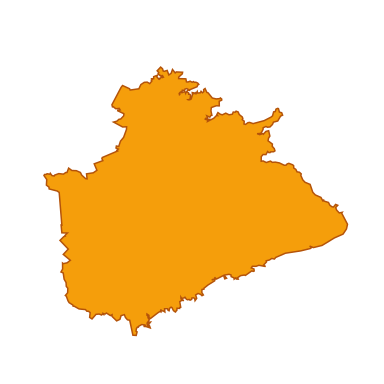 WaitÄkere Ranges Local Board Area, Auckland, New Zealand (orthographic projection), rotated 258°
{"feature_id": "76426892B98769695069148", "entity_name": "WaitÄkere Ranges Local Board Area", "entity_type": "district", "adm_level": 2, "iso_a3": "NZL", "parent_name": "New Zealand", "parent_adm1": "Auckland", "projection": "orthographic", "projection_center": [174.557, -36.943], "detail": "fine", "context": "isolated", "style": "filled", "palette": "amber", "viewbox_px": 384, "rotation_deg": 258, "n_neighbors": 0, "source": "geoboundaries", "source_scale": "gbopen_adm2", "svg_char_len": 5950}
<svg xmlns="http://www.w3.org/2000/svg" viewBox="0 0 384 384"><g transform="rotate(258 192 192)"><path d="M64.2,104.4L63.3,107.6L66.6,109.2L67.5,108.3L69.9,109.2L71.2,110.5L71.0,111.5L71.8,112.0L72.8,115.3L71.7,118.4L70.1,118.8L67.7,122.9L69.4,122.7L70.6,120.4L70.6,121.2L71.3,120.9L70.6,121.5L70.8,122.4L71.8,122.0L71.6,120.7L73.1,120.8L75.9,123.7L78.2,122.8L79.1,123.3L80.9,122.3L82.0,122.6L80.3,124.2L78.1,123.8L76.9,125.1L80.9,133.4L81.8,135.9L81.2,136.6L83.7,137.0L81.9,137.5L81.8,139.0L80.3,140.5L83.5,140.9L82.9,143.8L81.2,144.0L80.6,144.9L82.9,145.9L83.7,147.6L83.0,148.4L79.8,149.2L77.6,151.2L78.4,150.9L79.3,152.5L81.4,153.2L80.7,155.7L81.6,156.0L81.6,157.0L87.3,157.2L88.1,159.5L87.5,161.5L89.8,159.0L91.4,159.3L90.1,159.8L90.0,163.0L91.1,163.0L88.3,164.2L87.5,165.2L87.5,166.9L86.6,167.6L87.0,169.3L88.3,169.8L88.2,171.5L87.2,172.5L85.1,172.4L87.0,174.5L90.5,174.1L91.5,176.8L90.1,179.1L88.5,180.2L88.9,181.7L91.7,180.7L94.6,181.5L94.5,183.5L95.4,183.7L97.8,188.5L100.4,195.7L101.5,196.2L102.1,194.4L101.6,192.9L102.2,194.3L102.0,196.8L103.9,196.3L101.8,197.9L104.0,206.2L103.8,211.1L102.8,212.9L101.1,212.7L99.3,215.2L98.0,215.1L98.9,217.0L97.6,217.3L97.2,219.1L98.7,218.8L100.1,222.2L99.9,225.9L99.3,226.9L102.4,234.1L101.6,235.3L101.8,236.4L103.8,236.6L105.4,234.2L106.8,235.6L106.0,239.2L106.4,242.2L103.8,248.5L105.6,246.8L108.1,250.3L109.3,250.3L109.4,253.6L110.4,256.2L109.3,258.7L110.6,260.3L112.7,270.7L111.8,286.2L112.1,295.8L112.8,297.5L114.7,295.8L112.4,299.2L112.7,308.1L117.5,321.8L119.4,331.0L123.7,335.4L128.1,337.4L140.2,334.0L140.9,334.7L140.9,331.7L144.2,329.7L146.9,329.3L148.7,331.8L150.0,329.9L147.9,327.3L148.4,325.9L150.4,324.1L153.4,323.3L155.7,319.2L156.7,319.1L156.2,318.1L159.9,317.0L163.5,312.0L166.6,310.1L174.9,309.1L178.0,304.6L180.8,302.9L185.6,301.9L187.0,302.6L189.0,301.2L189.9,298.9L192.5,298.3L194.3,296.5L196.6,296.9L197.7,296.1L199.9,292.7L199.7,290.9L198.7,289.6L199.0,287.8L202.3,283.5L203.9,279.7L204.3,276.7L205.9,275.2L205.4,270.8L207.6,268.0L207.7,266.1L212.2,267.1L213.9,269.3L213.2,272.1L215.9,274.4L214.6,275.3L214.3,276.5L214.9,277.2L214.4,280.3L215.0,281.7L217.3,281.5L220.0,280.0L222.2,280.6L226.3,277.0L228.8,278.1L230.5,279.8L236.0,279.7L235.9,276.9L233.7,273.8L234.4,273.4L234.0,270.2L235.5,267.8L235.1,270.8L235.5,272.1L238.4,274.5L240.1,275.0L240.7,278.0L239.7,279.2L239.4,281.8L241.3,284.7L243.4,286.2L243.6,290.6L247.8,294.4L248.3,296.6L250.9,296.2L252.0,294.1L255.6,293.9L256.0,293.1L255.6,291.4L253.4,290.2L253.4,288.5L249.7,286.6L248.8,284.8L246.8,277.4L246.2,266.0L248.1,262.8L248.2,261.2L247.0,258.4L247.7,257.0L250.4,257.8L252.3,256.2L253.3,257.0L254.9,256.8L258.0,254.3L260.7,253.8L261.9,251.9L261.1,251.0L261.6,248.9L259.7,247.7L259.8,244.3L262.1,241.4L261.2,237.7L262.2,235.8L264.3,233.9L262.6,232.4L261.5,232.9L261.8,232.0L259.6,228.6L258.0,222.7L258.7,223.3L258.3,222.2L259.4,222.9L259.1,221.8L261.0,221.0L259.8,219.9L260.8,220.2L261.2,221.0L260.3,221.8L261.1,222.7L263.5,222.3L261.5,225.0L262.9,226.4L262.9,227.4L267.5,227.4L270.6,228.5L271.3,233.6L270.6,236.6L275.1,237.5L275.6,240.1L276.7,240.4L278.1,239.3L277.6,238.5L278.0,235.1L279.7,231.4L285.6,228.4L286.4,227.2L290.5,226.3L289.8,224.7L287.7,224.4L286.9,222.9L288.6,221.8L287.3,220.8L287.5,218.9L287.7,218.0L289.2,218.0L287.3,216.3L288.5,215.8L287.8,214.4L288.7,214.1L289.2,212.9L287.1,212.7L283.6,210.8L282.9,210.2L282.7,208.7L283.0,207.5L282.7,207.7L283.0,207.4L283.1,208.9L283.8,209.7L287.1,210.7L288.0,210.2L288.3,209.1L289.6,209.3L290.8,208.3L290.8,206.8L290.6,206.6L290.1,206.4L289.9,206.3L291.8,205.9L291.2,203.0L291.8,201.2L291.0,200.1L290.6,200.4L290.1,200.4L289.2,199.4L290.2,200.3L291.1,200.0L291.9,201.0L292.7,203.3L293.6,203.7L293.0,205.9L294.2,206.6L294.2,208.5L293.0,209.8L292.3,208.9L292.5,210.9L291.3,210.4L292.5,211.2L293.9,218.8L295.5,219.9L295.9,221.0L297.4,220.2L298.6,218.6L298.8,217.1L299.7,216.4L299.3,215.0L300.8,213.2L300.4,210.9L300.9,209.5L304.0,209.5L305.7,202.5L307.2,202.9L309.6,207.1L311.1,207.7L312.7,201.6L312.0,200.3L315.9,198.4L312.4,196.2L311.3,193.7L316.1,193.0L315.8,190.0L316.3,189.0L318.7,188.8L320.7,187.3L317.8,183.1L315.8,184.3L314.7,183.4L312.2,185.2L312.5,185.7L311.4,186.9L311.8,187.4L310.2,187.9L310.1,186.7L310.9,186.1L309.2,183.8L309.9,183.5L309.5,182.9L312.0,181.5L313.4,182.5L312.8,178.5L310.8,178.0L311.1,176.3L310.5,176.6L309.9,175.4L308.9,175.8L306.8,173.2L308.8,171.0L309.2,168.1L307.7,164.3L304.0,161.5L304.6,152.7L306.0,152.4L310.6,146.2L309.1,144.4L294.0,131.8L291.8,131.9L291.8,132.7L289.3,134.7L288.9,138.2L287.2,138.8L287.4,136.4L286.9,136.2L282.8,141.6L281.7,141.4L280.6,140.9L278.2,137.4L278.3,135.6L276.9,133.3L276.7,129.8L270.0,137.7L269.4,141.6L266.8,140.9L259.7,136.5L256.6,132.6L251.8,129.8L252.7,127.6L250.8,126.8L249.3,128.9L248.4,127.2L247.6,127.8L244.4,111.4L243.4,110.8L241.2,111.3L239.9,102.2L233.0,103.5L231.3,99.4L231.7,92.6L226.7,92.1L227.2,90.7L231.3,87.7L234.3,86.9L236.9,83.3L238.0,79.0L241.0,76.3L237.1,73.8L237.3,72.5L236.2,70.0L237.7,65.5L237.1,61.2L236.3,60.5L237.2,58.4L239.7,57.3L238.9,56.8L240.0,54.0L239.5,53.2L239.8,51.4L238.9,50.6L234.4,52.5L229.0,51.0L226.5,53.1L224.7,52.9L221.0,60.3L219.2,62.0L186.6,57.8L186.9,57.1L179.1,56.2L177.8,61.6L175.9,58.7L175.2,58.9L175.0,57.3L172.1,52.8L161.9,59.1L157.7,53.1L150.5,58.8L148.7,55.1L148.7,51.2L149.4,50.6L143.5,49.4L141.0,47.2L139.6,49.2L133.3,48.8L129.6,50.0L125.8,49.4L123.7,50.5L119.3,49.4L117.1,46.6L116.2,47.4L111.3,48.1L109.3,48.8L106.3,51.9L105.0,52.0L104.8,53.0L101.1,57.2L99.1,63.4L97.3,64.3L96.8,66.0L95.2,67.3L90.6,65.8L88.6,67.8L92.3,72.7L91.9,75.9L90.5,77.9L91.1,78.8L90.5,80.0L91.7,79.8L90.7,81.6L91.4,83.1L88.1,86.5L88.6,88.3L87.0,87.9L81.6,91.5L82.4,95.0L85.8,96.9L86.1,100.3L83.1,100.8L80.4,102.3L79.5,104.4L64.2,104.4ZM102.4,205.7L100.2,206.0L100.5,207.9L103.0,206.6L102.4,205.7ZM73.4,124.4L73.7,122.4L73.2,122.2L72.5,123.3L73.4,124.4ZM70.8,118.3L71.0,117.3L70.4,117.3L70.2,118.1L70.8,118.3Z" fill="#f59e0b" stroke="#b45309" stroke-width="1.5"/></g></svg>